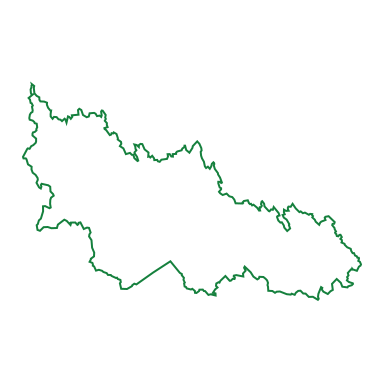 Ballyjamesduff Lea-6, Cavan, Ireland
{"feature_id": "5873133B36799193613940", "entity_name": "Ballyjamesduff Lea-6", "entity_type": "district", "adm_level": 2, "iso_a3": "IRL", "parent_name": "Ireland", "parent_adm1": "Cavan", "projection": "mercator", "projection_center": [-7.268, 53.897], "detail": "fine", "context": "isolated", "style": "outline", "palette": "green", "viewbox_px": 384, "rotation_deg": 0, "n_neighbors": 0, "source": "geoboundaries", "source_scale": "gbopen_adm2", "svg_char_len": 5960}
<svg xmlns="http://www.w3.org/2000/svg" viewBox="0 0 384 384"><path d="M153.2,272.5L170.4,261.3L179.8,272.8L181.9,274.1L181.8,275.3L183.9,277.8L183.5,279.8L184.8,282.6L184.1,283.3L184.6,286.5L186.1,287.1L186.7,288.4L191.0,289.5L192.3,288.8L194.9,291.0L195.0,292.8L196.4,293.0L199.0,291.1L199.4,289.7L202.8,289.6L203.8,291.0L205.1,291.1L208.4,294.9L210.7,294.3L215.6,295.5L215.5,293.4L213.0,292.7L215.2,289.3L217.5,287.5L216.0,285.9L216.3,283.5L218.6,282.2L219.5,282.6L220.4,280.8L225.4,276.0L229.7,280.8L230.8,280.7L232.8,278.8L234.5,279.0L234.9,277.9L233.7,276.1L233.9,275.6L236.3,275.1L243.3,276.5L243.0,273.5L245.6,270.7L244.1,267.8L244.7,266.6L250.7,272.3L253.4,276.6L257.3,279.4L258.9,278.4L259.4,276.8L263.4,277.0L265.5,278.7L267.1,280.4L268.0,282.9L267.5,285.1L268.0,286.7L268.3,290.8L272.4,291.0L275.0,292.8L276.7,291.7L279.9,291.5L286.8,294.2L290.8,294.6L291.6,293.7L294.7,294.8L295.9,292.7L298.2,290.9L300.5,290.7L303.2,293.5L305.6,293.6L308.8,296.9L312.9,296.8L317.9,299.8L318.7,298.8L318.0,296.8L318.4,293.8L321.1,287.1L322.3,287.9L321.7,289.3L323.4,291.7L327.8,294.0L330.4,291.3L332.8,289.9L332.0,283.9L336.7,279.0L340.8,282.8L342.3,286.7L347.5,287.4L348.2,286.3L351.8,285.2L353.0,283.9L352.8,283.3L348.9,282.0L346.9,280.4L347.8,278.5L347.1,277.1L348.5,275.4L347.8,273.0L351.0,269.4L351.8,269.6L352.1,268.6L352.7,269.4L356.9,270.8L358.9,266.7L360.5,265.6L361.0,264.4L359.9,261.8L358.3,260.9L359.0,258.6L358.8,257.8L357.4,257.7L356.8,256.3L355.0,255.5L354.0,253.1L352.6,253.1L351.3,251.1L350.7,248.8L347.2,247.3L344.8,244.9L344.5,243.8L341.5,242.5L342.0,241.3L341.8,240.0L340.4,238.9L341.8,237.1L340.5,234.8L339.4,234.9L338.3,236.3L336.8,236.0L336.3,234.1L335.4,233.4L335.1,232.4L336.0,231.5L334.7,229.3L334.5,228.0L332.2,225.1L332.6,223.9L334.2,223.7L334.7,222.1L328.6,216.2L325.4,216.8L324.7,217.8L325.5,220.0L321.3,221.6L320.2,222.6L319.2,224.8L315.7,221.7L314.8,219.7L312.3,217.4L313.0,216.1L312.0,215.0L312.2,214.1L310.1,213.9L308.9,214.8L304.9,212.6L302.9,213.2L300.7,211.4L299.4,212.1L295.7,208.4L292.6,203.8L290.7,206.8L288.5,206.6L287.9,207.5L287.9,209.5L288.6,210.7L286.0,210.9L284.0,209.7L283.9,212.3L284.7,214.3L282.6,215.0L283.8,217.6L286.6,219.6L289.3,224.2L288.9,225.1L290.1,228.5L287.2,231.0L284.3,227.6L283.8,225.4L281.8,222.3L280.4,222.6L278.3,220.5L277.0,216.9L277.5,216.1L279.5,215.5L278.6,213.0L273.7,207.0L272.8,209.8L271.1,209.4L269.5,211.3L268.8,211.1L264.5,206.4L264.1,203.7L262.2,201.2L261.6,201.6L261.0,204.1L261.8,205.8L260.6,207.5L259.7,207.3L259.4,208.2L260.1,210.5L259.1,210.6L257.1,207.7L253.5,204.7L252.1,205.4L251.0,203.8L250.0,204.1L249.0,203.2L247.8,200.3L243.9,201.0L242.7,202.3L243.1,203.0L242.7,203.5L235.6,203.3L234.3,199.6L232.3,197.1L229.3,196.3L226.6,193.6L222.7,195.0L220.2,193.3L219.0,191.8L221.1,189.3L221.1,188.2L219.7,187.5L218.3,183.3L218.3,181.8L220.0,181.8L221.2,183.0L221.9,182.6L220.0,177.5L218.1,174.5L217.9,173.1L214.8,168.9L213.8,165.4L214.3,164.0L214.1,163.0L213.4,162.3L211.9,163.8L211.2,166.5L209.8,168.8L207.9,166.7L206.1,168.0L204.9,166.4L203.9,161.7L202.0,158.4L201.1,155.7L200.7,151.8L201.6,150.5L201.3,148.1L199.4,143.8L197.2,141.4L192.8,146.1L192.4,148.0L189.4,152.7L186.2,150.0L185.1,145.7L184.5,145.7L184.4,147.0L182.3,148.6L181.6,150.3L177.2,151.5L176.1,152.6L176.1,153.9L172.8,154.1L172.9,156.6L171.3,156.5L169.7,154.1L167.6,154.2L168.0,156.5L167.0,158.9L161.4,159.7L159.7,161.8L157.9,161.3L157.2,159.9L154.3,160.1L154.1,158.4L152.2,155.8L150.3,157.5L149.2,156.4L148.2,156.7L148.5,152.5L144.6,149.4L142.3,144.1L140.5,143.9L138.9,145.1L138.8,147.0L136.7,145.0L134.4,144.5L135.3,146.6L135.5,148.9L136.4,150.2L134.5,152.4L134.5,153.1L137.0,156.8L138.2,160.6L137.5,161.0L134.4,158.2L133.3,154.8L131.8,154.8L130.0,152.9L125.9,154.1L123.4,148.4L119.9,146.1L121.3,143.8L121.0,141.9L117.7,139.5L117.9,138.3L116.5,134.0L113.7,132.4L113.2,133.4L111.6,133.2L111.1,134.6L109.8,135.1L106.2,130.1L104.6,129.0L104.4,128.1L107.6,127.1L106.8,124.9L106.9,123.1L104.8,120.8L105.8,118.9L105.2,117.5L105.7,115.0L102.7,110.7L101.8,110.5L101.1,111.6L101.7,115.4L101.2,116.9L99.6,115.6L97.0,116.1L95.6,113.7L94.1,112.9L89.6,113.3L88.8,116.5L86.7,117.2L83.0,115.0L81.3,110.0L79.3,108.8L78.0,110.1L78.5,114.7L71.9,115.3L72.3,116.8L70.8,118.8L69.4,117.0L68.0,116.4L66.5,122.7L65.4,119.5L64.6,118.7L62.0,121.1L60.5,119.7L58.5,119.3L56.6,117.1L54.0,116.9L52.6,118.8L50.7,116.5L50.6,114.1L51.1,110.6L50.5,110.7L48.1,107.8L46.9,104.8L47.0,102.7L44.2,101.6L40.4,101.4L39.4,99.8L39.3,97.3L36.7,95.9L34.4,93.3L33.8,87.9L34.2,86.0L31.9,84.2L32.1,84.9L31.5,85.6L31.5,87.1L30.6,89.5L30.9,93.0L31.5,94.5L32.9,94.4L28.6,98.0L30.0,99.6L30.6,102.9L31.7,103.3L32.8,105.6L32.0,106.7L32.7,110.4L32.4,112.0L31.0,112.8L29.9,114.6L29.3,118.1L29.7,119.7L32.7,120.6L34.3,122.0L34.7,123.2L36.7,123.7L37.2,127.3L36.3,129.1L36.5,130.4L34.7,132.0L33.0,132.4L32.5,133.7L32.5,135.5L36.1,138.6L36.1,141.5L35.7,142.8L33.3,145.1L31.2,146.2L29.6,148.8L27.8,148.4L27.2,149.0L23.0,156.9L23.5,158.4L25.8,158.4L26.5,159.3L28.0,164.4L31.6,166.7L31.5,169.5L32.7,172.7L35.6,174.9L37.6,178.0L37.8,179.8L36.5,182.8L39.1,187.4L40.8,188.5L41.4,186.6L40.9,185.0L41.6,183.8L48.3,185.3L50.2,186.7L50.5,191.5L53.1,194.1L53.7,195.7L51.1,197.6L50.3,199.8L50.1,203.9L50.7,207.5L49.5,208.2L45.1,206.1L43.0,206.3L43.1,211.3L40.9,218.6L38.9,220.4L37.8,224.1L36.7,225.2L37.5,229.9L40.0,230.8L43.6,227.2L47.7,227.0L51.4,228.2L56.9,228.0L57.9,224.6L64.3,219.7L66.7,220.9L70.5,225.0L70.9,223.7L70.3,222.9L70.7,222.6L75.3,222.5L77.4,224.9L78.3,224.3L78.6,222.8L80.4,222.4L83.8,229.0L87.0,227.6L89.0,227.9L90.6,232.5L89.4,234.4L89.1,236.5L91.5,240.2L92.1,247.7L94.2,252.6L94.0,256.4L90.9,258.7L91.0,259.1L89.6,261.8L92.4,262.9L92.9,264.3L92.8,265.7L94.1,266.4L96.0,270.6L98.9,269.8L102.1,270.8L103.4,272.0L106.7,273.1L107.9,274.9L110.8,275.0L111.5,275.9L116.0,278.0L117.0,277.7L117.8,279.0L120.4,279.9L120.8,282.1L119.9,283.3L121.2,288.8L127.0,289.0L131.9,286.2L132.2,285.3L134.3,283.7L136.4,284.4L153.2,272.5Z" fill="none" stroke="#15803d" stroke-width="2"/></svg>